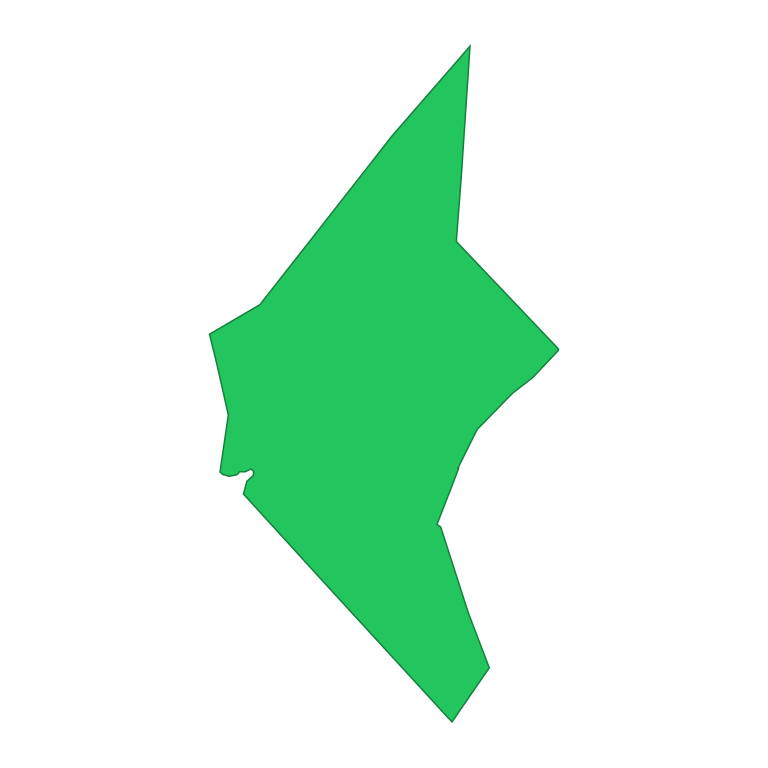 Merwoe, Northern, Sudan (orthographic projection)
{"feature_id": "16777658B43097500879952", "entity_name": "Merwoe", "entity_type": "district", "adm_level": 2, "iso_a3": "SDN", "parent_name": "Sudan", "parent_adm1": "Northern", "projection": "orthographic", "projection_center": [32.145, 18.369], "detail": "fine", "context": "isolated", "style": "filled", "palette": "green", "viewbox_px": 768, "rotation_deg": 0, "n_neighbors": 0, "source": "geoboundaries", "source_scale": "gbopen_adm2", "svg_char_len": 1401}
<svg xmlns="http://www.w3.org/2000/svg" viewBox="0 0 768 768"><path d="M452.0,721.9L452.5,721.3L455.0,717.6L459.5,711.0L473.5,690.7L476.0,687.0L479.5,682.0L489.3,667.8L489.2,667.7L473.1,625.4L468.6,613.6L462.1,593.5L453.4,566.4L447.8,549.0L442.2,531.6L440.6,526.9L437.0,524.4L437.1,524.1L437.9,522.1L439.8,517.2L442.5,510.2L444.8,504.4L446.0,501.2L447.4,497.6L451.9,486.1L454.1,480.3L456.4,474.3L458.7,468.3L457.9,468.1L458.1,467.7L463.5,456.9L466.5,450.8L468.8,446.3L469.4,445.0L472.3,439.3L472.7,438.4L477.2,429.4L488.9,417.5L493.3,412.9L493.5,412.8L506.0,399.9L513.0,392.8L532.1,378.1L532.5,377.8L536.2,373.9L541.2,368.6L547.1,362.4L558.2,350.6L558.5,349.0L558.4,348.9L555.9,346.2L553.1,343.3L548.6,338.6L526.9,315.8L510.3,298.3L504.5,292.2L495.9,283.2L490.1,277.1L488.9,275.8L486.8,273.6L484.4,271.1L480.6,267.1L475.9,262.1L466.1,251.8L460.6,246.0L456.4,241.5L456.4,241.2L456.7,236.7L456.8,235.1L460.5,187.0L461.0,180.4L461.4,174.5L461.9,168.1L462.7,155.4L468.5,69.0L470.0,46.1L460.2,57.5L391.2,136.9L375.9,156.6L340.8,201.4L315.4,233.9L312.6,237.5L295.3,259.5L266.5,296.2L262.9,300.8L260.0,304.6L209.5,334.2L215.9,360.2L221.9,386.3L228.3,415.1L220.0,472.0L222.7,474.5L229.4,476.3L237.3,474.6L239.5,471.8L245.2,471.8L248.5,470.2L251.1,469.0L253.6,471.4L253.3,475.4L246.8,481.4L243.5,494.1L287.8,542.7L323.4,581.8L446.9,716.5L452.0,721.9Z" fill="#22c55e" stroke="#15803d" stroke-width="1.5"/></svg>